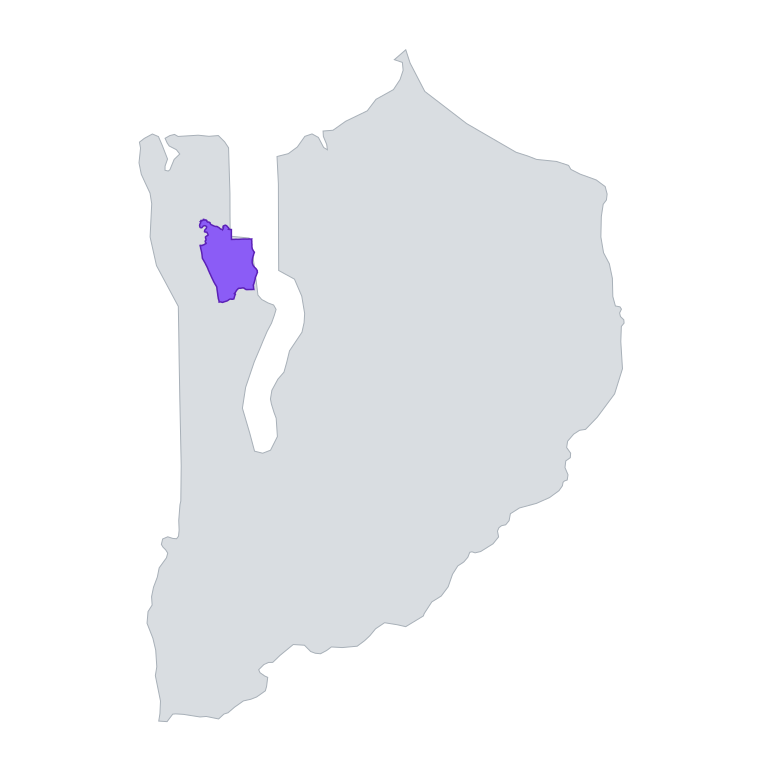 location of Bounkiling, Sédhiou, Senegal, rotated 89°
{"feature_id": "50182788B68388966372963", "entity_name": "Bounkiling", "entity_type": "district", "adm_level": 2, "iso_a3": "SEN", "parent_name": "Senegal", "parent_adm1": "Sédhiou", "projection": "albers", "projection_center": [-15.653, 13.139], "detail": "fine", "context": "in_parent", "style": "filled", "palette": "violet", "viewbox_px": 768, "rotation_deg": 89, "n_neighbors": 0, "source": "geoboundaries", "source_scale": "gbopen_adm2", "svg_char_len": 8791}
<svg xmlns="http://www.w3.org/2000/svg" viewBox="0 0 768 768"><g transform="rotate(89 384 384)"><path d="M616.6,348.7L627.0,366.5L624.9,375.1L622.7,387.6L628.6,396.7L635.4,402.5L640.3,407.9L645.7,415.4L646.8,430.4L646.0,441.2L649.5,446.1L652.6,452.2L652.0,457.4L650.2,462.0L643.8,468.1L642.9,479.3L653.6,492.8L660.4,500.1L660.4,504.4L662.4,509.0L667.5,514.3L670.5,513.0L673.8,508.5L675.3,505.4L684.4,506.7L688.7,508.0L694.7,516.8L696.9,522.7L698.4,530.1L704.6,539.2L710.0,545.7L711.2,549.8L716.0,555.2L713.3,567.5L713.7,573.8L710.8,590.3L710.2,598.1L710.4,601.0L717.8,606.8L717.1,615.1L709.8,613.8L697.1,613.0L671.6,617.7L662.8,616.1L646.1,616.9L634.2,619.5L619.1,625.1L607.4,623.9L601.0,619.7L592.6,620.1L583.2,618.0L573.1,614.0L563.9,612.0L553.9,604.5L549.3,603.2L546.0,605.2L543.3,607.8L540.5,609.4L535.1,608.0L533.0,602.9L534.7,597.9L535.1,594.1L532.6,592.1L526.6,591.4L516.8,591.6L501.1,590.1L497.5,589.2L462.3,588.2L425.8,588.3L394.9,588.4L355.9,588.4L328.4,588.3L302.8,588.3L283.1,598.4L261.7,609.4L232.9,615.3L199.7,613.1L189.1,614.6L178.1,619.5L170.1,623.0L158.6,625.1L143.9,623.3L137.9,624.3L134.2,619.3L130.0,611.2L132.7,605.2L141.7,601.5L155.3,596.5L162.3,599.1L166.5,599.2L167.3,596.0L166.0,594.3L155.8,589.9L150.5,584.2L146.1,587.5L142.3,594.6L139.2,596.6L134.5,598.6L131.9,593.8L130.8,589.1L132.9,585.6L132.0,565.4L133.3,554.7L132.7,545.3L139.1,539.1L145.1,535.3L168.8,535.0L190.7,534.7L211.9,535.0L233.5,535.2L235.7,516.4L242.5,515.0L252.7,513.0L271.7,510.7L292.9,508.5L297.4,504.8L300.9,498.6L303.1,493.0L307.5,490.6L313.5,492.5L321.2,495.4L329.3,499.9L338.6,504.1L344.7,506.7L359.5,513.3L384.9,522.4L405.7,526.0L430.8,519.1L448.9,514.6L451.1,506.5L448.2,498.6L434.7,491.5L416.3,492.4L410.7,494.4L402.1,496.9L397.0,497.8L388.3,496.2L377.3,490.0L370.4,483.8L360.7,480.9L349.2,477.9L330.8,465.1L321.2,462.8L312.1,462.1L294.7,464.7L277.6,471.7L268.7,487.3L251.6,487.1L215.4,486.6L182.1,486.1L154.7,487.0L152.0,475.6L145.5,466.5L135.0,458.8L132.7,451.6L136.3,445.3L146.5,440.2L148.8,436.5L143.5,437.1L135.4,440.3L130.0,440.5L129.4,430.6L120.6,417.7L110.6,396.0L99.2,387.0L89.8,369.4L79.8,362.6L70.7,359.4L62.8,360.0L59.9,368.0L50.2,356.4L63.6,352.3L92.2,338.1L125.1,296.8L154.6,247.9L158.5,236.4L162.1,227.6L164.5,207.6L168.7,195.6L172.7,193.4L177.6,184.2L183.7,168.2L190.5,159.4L198.0,157.6L203.9,158.4L208.1,161.7L220.4,163.8L240.8,164.6L256.6,162.2L267.7,156.6L282.4,153.8L300.5,153.7L310.0,151.3L311.0,146.7L313.3,145.3L317.1,147.2L320.7,146.4L324.0,143.1L327.3,142.9L330.6,145.7L345.8,146.5L372.9,145.3L397.9,153.6L421.0,171.4L432.9,183.3L433.7,189.3L437.5,195.3L444.4,201.4L450.7,202.5L456.4,198.6L460.9,199.0L464.1,203.6L470.7,204.5L478.0,201.6L483.2,202.5L484.1,205.3L485.4,206.7L488.9,207.4L493.7,210.9L500.4,220.4L506.0,233.6L510.3,250.7L515.9,259.9L522.8,261.3L526.9,264.8L527.7,268.9L529.7,271.6L533.0,273.1L538.9,272.1L545.7,277.8L553.2,290.3L554.4,295.9L553.3,299.0L553.8,301.2L558.7,303.2L563.3,307.3L567.2,313.4L575.4,318.8L587.9,323.4L597.0,330.5L602.7,340.0L614.2,347.8L616.6,348.7Z" fill="#d9dde1" stroke="#a8b0b8" stroke-width="1"/><path d="M217.9,565.3L218.3,565.1L218.6,564.9L218.7,564.7L219.3,564.5L219.6,564.5L220.0,564.6L220.3,564.9L220.9,565.3L221.3,565.4L222.3,565.6L222.9,565.5L223.3,565.4L223.7,565.3L224.2,565.1L224.3,565.0L224.6,564.3L224.6,563.7L224.4,563.2L223.8,562.7L223.0,562.0L222.9,561.8L222.8,561.5L222.6,561.0L222.6,560.2L222.8,559.5L223.3,559.0L223.7,558.6L224.2,558.6L224.8,558.8L225.5,559.1L225.7,559.3L226.1,559.8L226.8,560.4L227.0,560.5L228.0,560.8L228.4,560.8L228.4,560.7L228.5,560.7L228.9,560.4L229.0,560.1L228.9,559.9L229.0,559.3L229.2,558.5L229.3,558.5L229.6,558.2L230.0,558.1L230.6,557.7L231.6,557.3L231.8,557.3L232.3,557.5L232.8,558.6L233.3,559.3L233.6,559.7L234.0,560.0L234.2,559.9L235.3,559.8L235.5,559.6L235.9,559.6L236.3,559.5L236.6,559.5L236.8,559.5L237.1,559.5L237.3,559.7L237.4,559.9L237.8,560.2L238.0,560.3L238.4,560.3L238.6,560.2L239.0,560.1L239.5,559.9L239.7,559.7L239.8,559.6L240.1,559.3L240.3,559.4L240.5,559.6L240.7,559.9L240.8,560.3L240.9,560.6L241.0,560.7L241.4,561.2L241.5,561.6L241.7,561.8L241.8,562.2L242.0,562.8L242.2,563.0L242.1,563.4L242.2,563.7L242.4,563.8L242.4,564.2L242.2,564.8L242.1,565.4L242.3,565.5L242.9,565.4L243.3,565.2L244.3,565.0L244.8,565.0L246.9,564.5L247.3,564.4L247.9,564.3L248.7,564.1L250.6,563.8L251.6,563.7L252.5,563.6L253.8,563.5L255.1,563.4L255.6,563.2L256.5,562.6L257.1,562.3L260.4,560.5L261.6,560.0L262.7,559.4L265.3,558.2L267.1,557.6L268.2,557.1L269.1,556.7L270.0,556.4L271.4,555.7L274.5,554.4L277.5,553.0L277.9,552.8L278.5,552.6L281.0,551.2L281.4,551.1L281.9,550.6L282.1,550.6L282.3,550.5L282.5,550.4L282.9,550.1L283.1,550.0L283.4,549.9L283.5,549.8L283.9,549.6L284.1,549.5L284.5,549.5L285.1,549.4L286.7,549.3L287.0,549.2L287.5,549.2L287.8,549.1L289.0,549.0L289.4,548.9L289.9,548.9L290.5,548.7L290.9,548.8L291.1,548.7L291.5,548.6L292.0,548.7L292.5,548.6L292.8,548.5L293.2,548.4L293.5,548.5L294.1,548.3L294.4,548.3L294.6,548.2L294.9,548.2L295.1,548.3L296.1,548.0L296.4,548.0L297.1,547.8L297.3,547.7L297.5,547.6L298.5,547.5L298.8,547.4L299.2,547.4L299.1,547.0L299.1,545.9L299.3,545.1L299.6,544.1L299.5,543.6L299.4,543.3L299.2,543.1L299.1,542.5L298.9,541.9L298.8,541.5L298.5,540.5L298.4,540.1L298.2,539.5L298.0,539.0L297.5,538.3L297.0,537.7L296.9,537.4L296.7,537.1L296.4,536.2L296.4,535.6L296.5,535.3L296.5,534.9L296.6,534.7L296.6,534.4L296.6,534.1L296.6,533.8L296.5,533.6L296.4,533.0L296.4,532.8L296.2,532.8L295.6,532.4L295.3,532.3L294.6,532.2L294.3,532.0L293.5,531.8L293.2,531.7L292.1,531.2L291.7,531.0L291.4,531.3L291.3,531.8L291.1,532.1L290.8,531.9L290.6,531.8L290.5,531.5L290.2,531.1L289.4,530.8L289.1,530.6L288.9,530.4L288.5,530.2L288.1,530.0L287.8,529.8L287.8,529.7L287.6,529.6L287.3,529.3L287.1,529.1L286.6,528.5L286.1,528.2L285.9,528.0L285.8,527.5L285.7,527.2L285.8,526.1L285.7,525.5L285.7,525.3L285.6,524.8L285.5,524.2L285.4,523.8L285.5,523.4L285.4,523.2L285.5,522.9L285.6,522.6L285.7,522.4L285.7,522.2L285.9,522.1L286.0,521.9L286.3,521.7L286.5,521.2L286.8,520.7L287.1,520.4L287.2,519.8L287.2,518.6L287.2,518.4L287.2,517.9L287.2,516.6L287.2,515.4L287.2,514.7L287.2,513.9L287.1,513.1L287.2,512.5L284.9,512.8L283.8,512.8L282.8,513.0L281.8,512.5L281.2,512.3L276.4,510.9L276.0,510.9L275.7,510.9L275.2,510.8L274.9,510.6L274.1,510.3L273.1,509.8L272.8,509.7L272.6,509.6L272.0,509.4L271.8,509.3L270.9,509.0L270.7,508.8L270.3,508.6L270.1,508.6L269.9,508.6L269.6,508.8L269.2,508.8L268.8,508.7L268.6,508.8L268.2,508.8L267.4,509.4L266.8,509.7L266.7,509.9L266.3,510.1L266.1,510.4L265.8,510.6L265.4,511.1L264.1,512.2L263.7,512.4L263.5,512.6L263.2,512.8L262.8,512.9L262.4,513.1L260.8,513.6L259.5,513.7L259.1,513.6L258.8,513.6L258.4,513.6L257.8,513.6L257.5,513.5L256.8,513.4L256.3,513.2L255.7,513.2L255.4,513.0L255.0,513.0L254.5,512.8L253.7,512.6L253.4,512.4L252.7,512.2L251.8,512.0L251.4,511.8L251.2,511.7L250.7,511.6L250.4,511.4L250.2,511.3L249.9,511.3L249.6,511.6L249.5,511.8L249.0,512.0L248.4,512.4L247.6,512.8L246.6,513.3L245.7,513.5L245.4,513.5L244.4,513.7L243.7,513.6L243.2,513.7L242.7,513.6L241.6,513.6L241.2,513.8L240.7,513.8L240.2,513.7L239.6,513.7L238.5,513.7L238.0,513.9L237.7,513.8L237.2,513.8L237.0,513.7L236.7,513.7L236.8,514.0L236.7,514.7L236.7,515.1L236.6,516.3L236.7,516.8L236.7,519.0L236.6,519.7L236.6,522.5L236.7,525.1L236.8,525.9L236.8,528.3L236.7,529.3L236.8,531.2L236.8,534.0L236.2,534.0L235.4,534.0L232.4,534.0L226.9,533.9L226.9,534.3L226.8,534.5L226.8,534.9L226.7,535.5L226.8,535.7L226.7,535.9L226.7,536.4L226.6,536.6L226.5,536.4L226.2,536.4L225.9,536.3L225.5,536.7L225.2,536.7L224.5,537.3L224.1,537.7L223.5,538.1L223.3,538.4L223.1,538.6L222.8,539.0L222.5,539.6L222.5,539.8L222.5,540.2L222.5,540.3L222.7,540.5L223.0,541.5L223.3,542.0L223.7,542.1L224.0,541.9L224.4,542.3L224.8,541.9L224.9,542.0L225.3,541.9L225.8,542.1L226.0,542.1L226.3,542.4L226.8,542.6L227.0,542.8L226.6,542.9L226.5,543.1L226.4,543.6L226.4,544.0L226.3,544.7L226.1,544.9L225.8,545.1L225.4,545.7L225.2,545.8L225.0,546.0L224.8,546.2L224.7,546.5L224.3,547.2L224.1,547.3L223.9,547.6L223.8,547.9L223.6,548.2L223.6,548.4L223.5,548.9L223.6,549.1L223.5,549.8L223.4,550.2L223.3,550.5L223.2,550.9L223.0,551.3L222.8,551.6L222.7,551.8L222.6,552.2L222.5,552.5L222.4,552.5L222.1,553.1L221.6,554.2L221.2,554.5L220.9,554.7L220.7,554.9L220.4,554.9L220.1,555.1L219.7,555.1L219.5,555.4L219.5,555.6L219.4,555.6L219.2,556.0L219.0,556.4L219.0,556.8L219.1,557.3L219.0,557.5L218.5,558.1L218.4,558.2L218.1,558.3L217.8,558.2L217.4,558.4L217.2,558.6L217.1,559.0L216.9,559.2L216.8,559.4L217.0,560.0L216.9,560.9L216.3,561.1L216.2,561.2L216.2,561.5L216.3,561.8L216.8,561.7L217.1,562.1L217.4,562.6L217.4,562.8L217.6,563.2L217.7,563.4L217.5,563.7L217.3,563.8L217.2,564.0L217.3,564.1L217.6,563.9L217.8,563.9L218.2,564.1L218.3,564.3L218.2,564.6L218.3,564.9L217.9,565.3Z" fill="#8b5cf6" stroke="#5b21b6" stroke-width="1.5"/></g></svg>